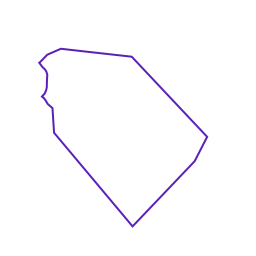 the district of Cedars/Chu Tigre, Choiseul, Saint Lucia, rotated 253°
{"feature_id": "8701671B42521441086623", "entity_name": "Cedars/Chu Tigre", "entity_type": "district", "adm_level": 2, "iso_a3": "LCA", "parent_name": "Saint Lucia", "parent_adm1": "Choiseul", "projection": "mercator", "projection_center": [-61.046, 13.77], "detail": "fine", "context": "isolated", "style": "outline", "palette": "violet", "viewbox_px": 256, "rotation_deg": 253, "n_neighbors": 0, "source": "geoboundaries", "source_scale": "gbopen_adm2", "svg_char_len": 443}
<svg xmlns="http://www.w3.org/2000/svg" viewBox="0 0 256 256"><g transform="rotate(253 128 128)"><path d="M182.6,55.3L181.3,56.3L178.0,57.4L174.5,58.2L169.1,61.6L145.1,55.9L32.6,103.6L76.8,182.1L96.4,201.1L195.1,152.4L214.7,107.0L223.4,87.0L221.7,72.3L216.6,62.9L216.3,62.2L211.6,63.9L208.1,65.8L205.9,66.4L202.6,66.4L196.3,64.1L190.6,62.2L188.4,61.0L185.4,58.5L183.2,54.9L182.6,55.3Z" fill="none" stroke="#5b21b6" stroke-width="2"/></g></svg>